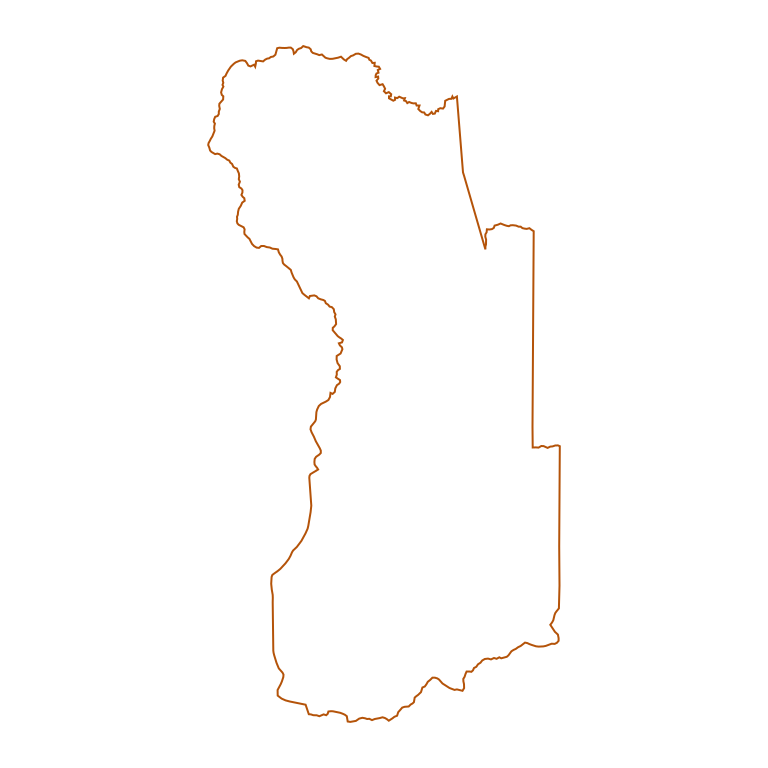 outline of Likuyani, Western, Kenya
{"feature_id": "3690345B37507144009314", "entity_name": "Likuyani", "entity_type": "district", "adm_level": 2, "iso_a3": "KEN", "parent_name": "Kenya", "parent_adm1": "Western", "projection": "orthographic", "projection_center": [35.073, 0.767], "detail": "fine", "context": "isolated", "style": "outline", "palette": "amber", "viewbox_px": 768, "rotation_deg": 0, "n_neighbors": 0, "source": "geoboundaries", "source_scale": "gbopen_adm2", "svg_char_len": 6012}
<svg xmlns="http://www.w3.org/2000/svg" viewBox="0 0 768 768"><path d="M222.5,84.9L223.4,86.6L222.0,89.1L221.1,92.4L221.8,94.9L223.3,96.3L223.1,99.5L219.4,103.7L219.2,105.8L219.8,108.9L218.8,111.6L218.8,114.0L217.6,116.0L215.2,116.8L214.2,119.1L213.7,121.7L214.9,123.6L214.3,126.0L214.2,128.3L214.6,130.7L212.3,136.5L210.8,138.8L209.8,140.9L208.6,143.0L208.2,145.0L209.3,147.6L210.1,150.5L211.4,151.9L215.1,154.1L217.4,153.6L219.7,154.3L221.4,155.9L225.3,158.1L227.2,159.7L229.3,160.6L230.3,162.6L232.1,164.0L233.3,166.7L235.0,167.9L236.9,168.5L237.7,170.7L238.9,173.4L239.2,176.5L238.8,179.2L239.9,181.7L238.7,184.7L239.3,187.2L241.4,188.5L242.5,190.2L242.4,192.6L241.4,194.9L242.7,196.8L244.3,198.2L244.7,200.8L242.2,202.6L240.8,205.8L238.8,208.8L238.1,211.6L237.8,214.8L237.0,216.8L237.2,218.9L236.8,221.2L237.4,223.4L238.7,224.8L243.6,227.3L244.6,229.3L244.3,232.0L244.5,234.0L247.7,237.4L249.4,238.8L252.0,243.9L254.1,246.1L256.6,247.6L259.0,247.9L261.2,246.0L264.0,246.0L266.8,247.1L269.8,247.5L272.4,248.7L275.7,249.0L278.0,249.4L278.8,252.3L280.2,254.7L281.6,256.5L282.4,258.8L282.5,260.8L282.9,263.0L284.1,264.5L286.2,266.1L290.8,269.9L291.6,272.6L293.6,277.4L294.8,279.4L296.9,281.5L302.4,293.1L304.5,294.9L308.9,298.3L309.9,296.0L314.3,295.4L316.5,296.3L318.2,298.3L320.7,299.3L323.3,300.0L324.9,300.9L325.8,303.2L328.1,304.7L329.6,306.6L331.8,307.1L333.8,309.2L334.2,312.1L335.5,314.4L334.8,316.6L335.8,319.3L336.1,324.1L334.4,326.4L332.8,327.8L332.7,330.2L337.7,336.1L339.4,337.4L341.3,338.6L342.9,340.0L342.0,342.4L338.9,343.3L339.9,345.4L341.9,347.3L342.4,349.2L340.6,353.5L336.7,356.0L336.6,359.5L337.6,363.2L339.8,366.2L339.9,368.9L337.9,370.2L336.7,371.9L336.8,374.6L335.9,377.4L340.0,380.1L340.2,382.0L339.2,383.6L336.9,385.2L335.3,388.4L334.8,391.9L332.6,393.9L330.5,392.9L330.0,397.0L328.4,400.0L325.7,401.7L321.1,403.9L318.8,406.0L317.1,409.6L316.4,412.1L315.9,419.5L315.2,421.3L310.9,426.6L310.5,429.3L311.6,432.3L313.9,436.7L315.8,441.2L319.8,448.3L320.8,450.6L320.8,453.0L319.3,454.6L316.1,456.8L314.7,458.9L314.4,462.0L314.6,464.5L315.8,466.3L317.1,467.8L318.1,469.5L310.5,474.1L309.5,475.9L309.3,477.8L311.3,505.7L310.6,512.1L308.3,525.8L307.6,528.7L305.5,533.4L301.4,540.9L296.8,547.0L293.1,550.5L292.0,552.3L290.5,555.8L288.8,558.9L285.5,563.3L280.3,568.9L278.0,570.8L273.8,573.8L272.3,575.0L271.6,577.0L271.2,583.8L271.8,589.7L272.7,594.9L272.8,597.9L272.7,602.3L273.3,650.7L273.6,652.9L274.2,655.3L276.5,662.8L278.8,668.4L282.5,672.6L283.5,674.6L283.3,677.1L281.9,681.4L280.7,684.2L277.6,690.0L277.7,695.6L281.6,698.6L285.6,700.4L289.8,701.5L305.6,704.7L308.8,714.2L310.9,714.4L313.3,715.2L316.7,715.3L319.4,716.2L323.6,714.4L326.2,715.2L327.7,713.8L328.4,711.5L331.0,711.2L333.0,711.3L340.2,712.8L342.6,713.7L344.8,714.7L346.8,716.2L347.7,721.5L350.3,721.9L355.9,720.9L359.2,718.6L362.4,717.8L365.1,718.3L367.1,719.0L369.3,718.8L372.0,720.1L374.8,719.0L379.6,718.1L382.5,717.3L384.9,718.0L386.8,719.1L388.8,720.7L392.5,718.3L394.4,716.8L397.1,715.7L398.2,712.2L400.7,709.4L402.2,707.6L404.6,706.8L408.7,706.5L410.7,704.5L412.5,703.5L413.9,702.2L414.7,697.6L416.3,696.2L418.1,694.9L421.0,692.1L422.4,687.5L424.8,686.5L426.4,684.3L427.8,681.8L430.2,679.9L432.4,677.7L435.0,677.7L437.3,678.4L439.0,679.5L442.5,683.5L449.5,688.0L454.5,689.9L456.9,689.4L462.5,690.8L464.1,688.1L464.0,684.1L463.4,681.4L463.3,678.9L464.6,676.8L465.5,674.0L466.6,671.5L469.2,671.5L471.4,671.8L473.0,670.3L474.0,668.0L476.3,666.8L478.0,664.3L480.5,662.7L482.2,660.5L484.8,659.0L488.0,658.6L491.0,659.4L494.0,658.0L496.6,658.8L499.3,657.3L501.2,658.3L506.8,656.8L508.5,655.3L511.4,651.3L513.6,649.9L515.8,648.9L518.1,647.2L520.6,646.0L525.0,642.6L527.4,643.1L529.2,644.0L531.6,644.9L536.0,646.3L538.6,646.6L541.2,646.5L543.3,646.4L545.8,645.9L551.7,643.7L554.7,643.9L556.9,642.8L558.6,640.8L558.6,638.1L557.9,634.6L554.9,631.8L550.3,624.8L552.1,622.4L553.3,620.2L554.5,615.1L555.3,613.0L556.6,611.2L558.9,608.4L559.5,585.6L559.2,546.5L559.8,446.2L557.9,445.4L555.2,445.5L552.6,446.4L550.3,446.6L547.6,447.9L543.6,446.1L541.3,446.0L538.6,447.6L535.9,447.4L532.7,447.5L532.5,427.1L533.7,231.2L531.6,229.9L529.4,228.2L526.7,228.9L524.5,228.6L522.4,228.1L520.7,226.7L518.7,226.7L516.1,225.6L512.9,225.2L510.6,225.3L508.9,226.2L506.8,225.8L504.3,225.0L500.6,223.5L497.9,224.7L494.6,225.6L493.8,227.9L492.0,229.1L489.5,229.5L486.9,229.3L486.6,232.3L485.4,234.3L485.3,236.8L486.1,239.6L486.0,244.4L485.4,246.6L485.4,249.4L464.1,175.9L463.0,172.4L456.9,96.5L453.4,98.5L452.4,96.5L451.4,98.8L449.0,98.9L445.2,100.8L444.6,106.5L443.0,108.6L440.3,108.2L438.2,109.2L438.1,111.2L436.0,110.9L434.8,113.6L432.9,113.9L431.6,111.9L430.0,113.7L428.0,115.3L425.4,114.5L424.2,112.5L422.1,112.3L420.2,111.0L418.3,109.0L419.5,105.5L416.6,105.5L415.8,103.3L413.5,103.4L411.6,103.0L409.1,102.0L407.3,103.1L406.0,101.1L404.1,100.5L404.9,98.2L403.0,98.4L399.2,96.7L397.3,98.1L395.0,97.6L395.1,99.8L393.3,100.7L389.0,98.3L389.0,96.3L390.8,96.3L391.2,94.2L388.8,92.1L386.0,93.3L383.9,91.2L385.1,88.8L384.0,86.5L382.6,84.2L379.5,85.1L377.5,82.8L376.5,80.7L378.3,78.5L378.1,76.6L375.6,77.1L375.7,75.2L376.5,73.5L378.5,72.7L377.8,70.0L380.1,68.9L378.8,66.7L376.6,66.5L374.4,66.0L374.7,62.8L372.4,63.0L371.0,60.6L369.3,59.7L368.6,57.9L366.1,57.0L363.4,55.9L360.9,54.5L358.4,53.6L355.8,53.8L353.1,55.4L350.9,56.1L348.9,57.9L347.2,59.1L346.1,60.8L343.8,59.4L341.0,56.7L338.0,57.7L332.6,58.8L329.8,58.9L327.2,58.3L325.4,57.7L321.9,54.5L319.2,55.1L317.3,54.3L312.8,52.9L311.3,51.4L310.7,49.3L308.8,47.6L306.5,47.2L303.2,46.1L301.2,48.0L298.8,48.8L297.1,50.0L295.7,52.3L293.9,53.7L293.5,51.3L292.8,49.2L290.8,47.6L288.8,47.6L286.8,47.9L284.8,48.0L281.8,47.9L279.4,47.7L277.2,48.2L275.4,54.7L273.3,56.5L270.8,57.0L269.1,58.3L267.2,58.6L265.2,59.6L263.1,61.4L258.0,60.6L256.0,61.3L255.9,63.4L255.2,66.7L254.1,64.7L250.5,66.4L248.3,65.6L247.0,63.2L245.3,60.9L242.3,60.3L239.8,60.7L235.6,62.4L233.8,63.8L230.9,66.6L228.2,70.5L226.5,73.6L225.5,75.9L223.1,77.6L222.7,80.6L223.3,82.8L222.5,84.9Z" fill="none" stroke="#b45309" stroke-width="2"/></svg>